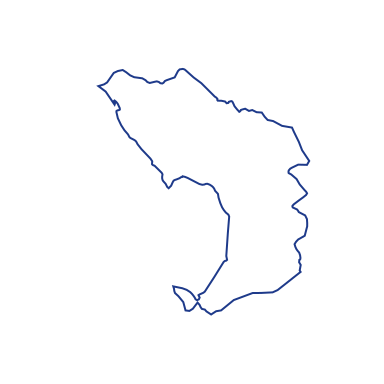 the border of Hawke's Bay, rotated 120°
{"feature_id": "NZL-3397", "entity_name": "Hawke's Bay", "entity_type": "Regional Council", "adm_level": 1, "iso_a3": "NZL", "parent_name": "New Zealand", "parent_adm1": "", "projection": "albers", "projection_center": [176.854, -39.512], "detail": "fine", "context": "isolated", "style": "outline", "palette": "blue", "viewbox_px": 384, "rotation_deg": 120, "n_neighbors": 0, "source": "natural_earth", "source_scale": "10m", "svg_char_len": 2848}
<svg xmlns="http://www.w3.org/2000/svg" viewBox="0 0 384 384"><g transform="rotate(120 192 192)"><path d="M288.5,114.2L288.2,119.8L287.4,122.1L288.3,125.0L287.4,127.0L285.9,129.1L285.0,131.9L292.7,132.9L296.3,134.8L297.8,138.4L291.7,144.5L289.0,151.7L288.0,156.2L286.6,157.8L284.8,159.2L283.1,161.0L280.2,152.3L279.4,147.7L279.6,143.5L280.2,141.2L281.1,138.9L282.1,136.8L283.1,135.3L283.2,133.6L281.6,132.4L279.6,132.6L278.1,134.8L276.9,134.2L273.6,131.8L271.9,131.1L254.5,130.2L236.6,129.6L235.2,129.0L234.3,128.0L233.2,127.7L230.3,130.3L209.9,140.3L194.7,147.5L193.4,149.2L192.9,152.4L191.7,155.5L190.2,158.3L187.5,161.9L183.6,166.2L181.0,168.3L180.6,168.7L179.4,172.6L178.0,174.5L177.3,176.1L176.9,177.9L176.8,180.4L177.2,182.8L178.1,184.1L179.4,185.1L180.6,186.7L181.4,189.6L182.0,202.8L182.4,205.6L183.1,208.0L183.8,207.9L184.5,208.8L186.3,209.7L189.1,211.9L189.9,212.7L191.3,213.6L193.2,213.6L197.0,213.2L200.4,214.1L200.0,216.0L198.1,218.9L197.0,222.3L196.4,223.4L195.3,224.5L193.9,225.4L191.4,226.4L190.5,227.9L188.0,237.4L188.0,238.0L188.2,238.6L188.2,239.5L188.0,240.4L187.6,240.7L185.9,241.5L185.3,241.8L183.9,244.6L180.2,257.1L177.9,262.9L176.4,265.3L175.9,266.6L175.8,268.5L176.0,272.1L175.9,273.0L175.7,273.7L174.3,275.9L174.0,276.5L172.3,281.4L169.6,286.7L165.2,293.1L160.5,297.5L159.6,297.9L158.6,297.4L157.7,296.3L156.7,295.7L155.5,296.5L152.7,300.5L151.8,302.8L151.4,305.7L152.1,304.5L153.0,303.5L154.0,302.9L155.1,302.7L148.2,317.0L147.1,326.0L142.8,322.0L139.6,320.3L128.0,319.3L124.3,316.7L121.0,313.0L121.2,308.8L121.9,303.9L121.5,299.5L118.4,291.9L118.4,288.1L119.1,285.7L118.7,283.1L115.1,279.3L113.8,277.8L113.3,275.7L113.6,273.8L112.9,272.0L112.1,271.5L111.3,271.2L109.5,271.0L107.9,269.9L101.4,264.3L94.3,264.6L92.0,264.0L90.0,261.5L89.6,259.8L89.7,258.8L92.0,247.8L93.1,238.3L98.0,220.0L98.1,218.1L98.7,216.5L99.6,216.2L100.0,215.3L98.3,212.2L97.1,208.6L97.8,206.4L96.7,205.1L95.5,205.2L93.9,203.7L93.5,203.1L93.6,202.2L94.7,200.5L96.5,198.0L98.1,193.8L98.5,192.3L98.9,191.6L98.9,191.1L98.5,190.9L97.7,190.6L96.6,190.7L95.5,189.8L93.3,187.6L93.3,183.2L90.9,180.8L90.6,176.0L88.3,171.3L90.5,166.7L91.8,162.5L90.0,157.2L89.7,147.1L86.2,137.6L88.9,133.9L95.2,124.5L100.8,117.5L106.5,106.0L111.0,106.0L115.2,113.7L120.8,117.5L122.7,118.6L125.0,119.0L126.4,118.5L127.3,117.7L127.2,114.8L128.5,107.9L131.6,102.5L134.1,95.4L134.7,93.3L135.6,91.7L137.5,91.7L141.1,93.1L145.6,95.1L151.8,97.7L153.7,98.1L154.5,97.7L155.0,97.0L154.6,92.3L155.2,90.8L156.0,89.5L155.7,82.3L158.0,78.9L161.3,76.7L164.1,75.1L173.5,72.5L180.0,76.3L183.0,77.0L185.9,77.1L187.8,75.1L189.2,73.1L190.1,71.2L190.9,68.9L192.7,66.8L194.9,65.1L196.3,64.6L197.1,65.1L199.3,64.1L200.8,61.4L206.1,59.5L206.9,58.0L234.1,68.8L238.6,72.0L245.0,81.9L249.2,89.0L264.7,101.8L280.0,107.6L283.2,111.5L288.5,114.2Z" fill="none" stroke="#1e3a8a" stroke-width="2"/></g></svg>